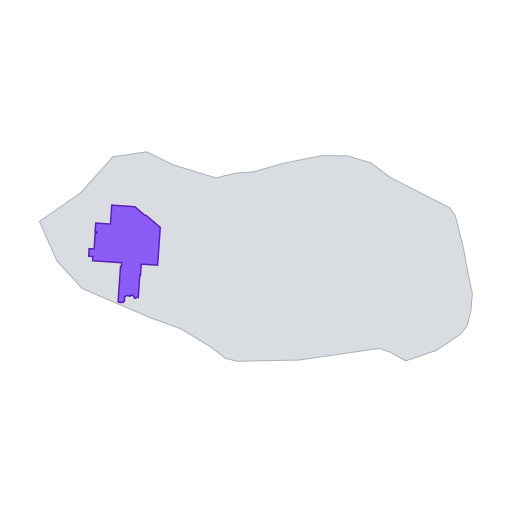 76, Al Khawr, Qatar shown in context, rotated 274°
{"feature_id": "91078587B47360643234421", "entity_name": "76", "entity_type": "district", "adm_level": 2, "iso_a3": "QAT", "parent_name": "Qatar", "parent_adm1": "Al Khawr", "projection": "albers", "projection_center": [51.019, 25.84], "detail": "fine", "context": "in_parent", "style": "filled", "palette": "violet", "viewbox_px": 512, "rotation_deg": 274, "n_neighbors": 0, "source": "geoboundaries", "source_scale": "gbopen_adm2", "svg_char_len": 2102}
<svg xmlns="http://www.w3.org/2000/svg" viewBox="0 0 512 512"><g transform="rotate(274 256 256)"><path d="M277.6,462.6L255.1,468.3L234.0,474.4L216.3,474.2L202.1,471.8L192.7,466.0L174.6,442.8L161.8,412.6L169.7,395.8L172.4,385.3L155.2,305.9L149.7,244.9L151.8,232.4L161.7,218.0L178.1,186.3L186.8,155.6L211.4,84.9L237.4,57.6L275.4,37.6L306.8,76.6L345.0,106.4L352.3,139.7L341.2,166.9L331.1,210.3L337.3,230.1L339.7,247.3L350.2,276.2L360.5,313.7L362.3,339.9L356.9,364.1L343.7,384.5L317.6,445.8L309.7,452.1L277.6,462.6Z" fill="#d9dde1" stroke="#a8b0b8" stroke-width="1"/><path d="M296.7,108.5L288.0,108.6L277.7,108.6L277.7,93.8L269.0,93.8L269.0,95.7L267.7,95.7L267.7,94.0L264.1,94.0L251.7,94.0L251.7,89.0L244.1,89.1L244.1,93.3L239.9,93.3L239.9,122.5L236.0,122.5L236.2,121.6L201.0,121.6L200.9,121.6L200.8,122.0L200.6,122.1L200.4,122.2L200.4,122.8L200.3,123.3L200.3,123.7L200.2,123.9L200.1,124.0L200.2,124.5L200.4,124.7L200.4,125.5L199.7,125.5L200.4,125.6L200.4,125.9L200.3,126.1L200.3,126.4L200.3,126.5L200.5,126.6L200.6,126.8L201.3,126.9L201.3,127.0L201.5,127.1L201.6,127.8L201.8,127.8L202.1,127.9L202.2,128.0L202.6,128.0L203.3,127.7L204.8,127.9L205.0,127.8L205.1,127.7L205.6,127.7L205.7,127.8L205.9,127.8L205.9,128.0L206.0,128.0L206.5,128.3L206.6,128.5L206.8,128.5L206.9,128.8L207.2,129.1L207.2,129.5L207.3,129.7L207.5,129.8L207.6,131.5L207.4,131.7L207.5,131.8L207.6,132.0L207.4,132.1L207.3,132.4L207.4,132.5L207.5,132.6L207.5,132.9L207.1,133.0L207.1,133.3L207.3,133.4L207.5,133.6L208.1,133.8L208.2,134.3L208.2,134.9L208.3,134.9L208.4,135.0L208.3,135.4L208.2,135.6L208.0,135.8L207.8,135.8L207.7,136.1L207.7,136.3L207.7,136.5L207.4,136.7L207.3,136.8L207.1,136.9L206.9,137.1L206.5,137.3L206.5,137.5L206.3,137.5L205.8,137.7L205.8,137.8L205.6,137.8L205.7,138.0L205.6,138.4L205.8,138.4L205.7,138.6L205.8,138.7L205.8,139.0L206.2,139.4L206.3,139.7L206.1,139.7L206.2,140.0L206.4,140.3L206.5,140.6L206.6,140.8L206.5,141.2L206.4,141.4L228.4,141.4L228.4,142.1L239.9,142.1L240.0,158.5L277.8,158.5L288.9,143.5L289.0,141.9L296.7,131.7L296.7,130.5L296.7,108.5Z" fill="#8b5cf6" stroke="#5b21b6" stroke-width="1.5"/></g></svg>